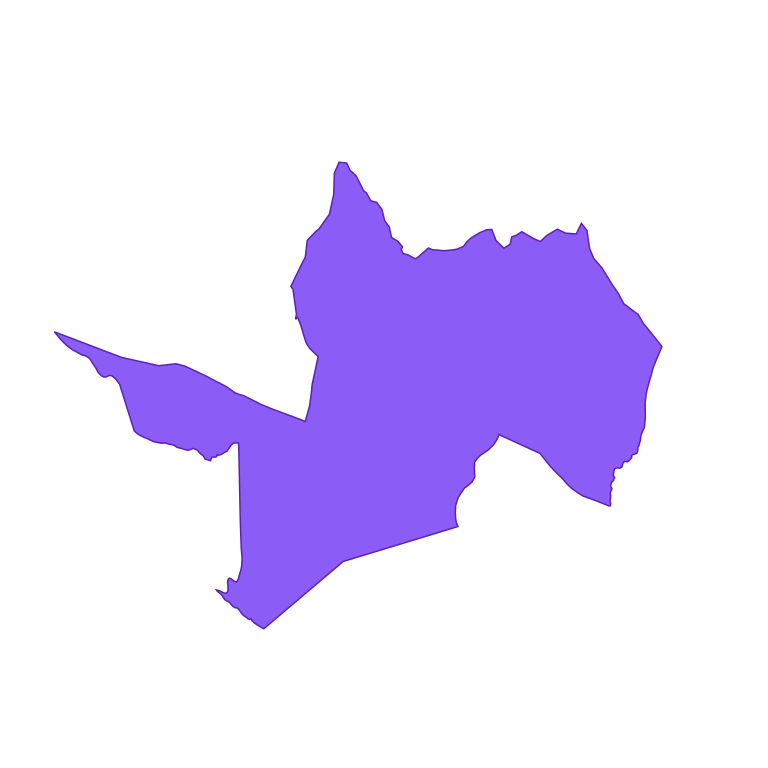 outline of San José Ayuquila, Oaxaca, Mexico, rotated 146°
{"feature_id": "50627088B32404165337072", "entity_name": "San José Ayuquila", "entity_type": "district", "adm_level": 2, "iso_a3": "MEX", "parent_name": "Mexico", "parent_adm1": "Oaxaca", "projection": "natural_earth1", "projection_center": [-97.964, 17.952], "detail": "fine", "context": "isolated", "style": "filled", "palette": "violet", "viewbox_px": 768, "rotation_deg": 146, "n_neighbors": 0, "source": "geoboundaries", "source_scale": "gbopen_adm2", "svg_char_len": 4191}
<svg xmlns="http://www.w3.org/2000/svg" viewBox="0 0 768 768"><g transform="rotate(146 384 384)"><path d="M628.1,611.6L627.9,610.0L627.5,605.8L627.0,600.9L626.2,596.5L624.9,591.4L622.9,586.0L621.0,582.5L618.4,577.3L615.7,574.4L614.9,572.7L613.8,569.8L613.8,567.1L614.0,564.0L614.0,558.3L614.5,553.1L613.7,549.0L612.3,546.4L610.4,545.2L607.3,544.8L605.1,543.2L603.7,538.5L603.3,531.7L617.3,484.7L616.7,482.3L616.2,480.5L614.2,476.3L612.5,473.5L610.9,471.3L609.3,468.5L607.1,464.8L604.8,462.5L601.7,459.4L598.1,457.3L595.8,454.2L592.6,451.1L591.6,448.7L591.1,447.4L589.7,445.8L587.2,442.9L584.9,440.0L583.3,438.5L580.9,437.9L578.2,437.3L578.0,437.0L577.1,435.8L575.7,433.4L575.5,430.5L575.2,429.3L575.0,428.4L574.0,426.1L574.2,423.9L574.2,421.8L572.6,419.6L570.7,417.4L567.7,419.6L566.2,418.8L564.8,417.8L563.4,417.3L562.5,418.6L562.2,418.3L561.3,417.6L559.2,416.9L557.7,416.5L554.5,416.5L551.8,416.1L550.1,416.7L546.9,418.1L546.6,418.0L544.9,418.8L541.7,419.2L537.7,416.7L538.8,414.3L580.5,349.6L594.1,327.8L599.3,318.5L603.7,312.8L606.6,309.9L611.0,306.3L613.5,304.1L615.6,302.8L617.0,302.3L618.2,304.0L619.0,305.9L619.6,307.8L620.7,309.5L622.2,309.4L623.3,308.5L625.0,306.4L626.5,303.5L628.5,300.5L630.3,299.0L632.0,298.9L633.6,300.4L634.9,302.6L636.1,304.7L638.1,307.0L638.1,305.1L637.5,303.6L636.6,300.4L636.6,294.2L635.7,292.2L634.9,290.7L634.3,289.5L634.0,287.3L633.8,285.2L633.6,283.9L632.5,281.9L631.3,280.9L630.4,278.5L630.4,275.5L630.3,272.7L629.7,270.1L628.8,268.0L628.0,265.4L627.1,264.1L625.7,263.7L625.8,261.7L625.1,258.2L623.1,253.6L621.7,250.8L620.6,248.3L517.0,259.7L402.4,224.5L401.9,226.7L401.4,229.0L399.8,232.4L396.8,237.5L392.6,243.1L386.1,248.4L375.4,252.8L373.7,252.8L371.7,252.8L365.9,253.5L360.7,256.1L356.7,262.9L352.6,268.5L348.6,270.0L343.9,271.0L334.7,271.0L327.2,272.3L320.7,275.1L317.0,277.8L293.5,239.2L292.4,225.2L291.4,217.7L289.1,206.3L288.1,198.7L286.8,192.5L284.4,186.1L281.6,179.7L277.5,174.2L272.7,167.5L267.5,159.8L265.7,157.1L264.3,156.4L262.7,158.5L262.4,159.5L261.7,161.2L260.1,162.6L258.4,164.8L257.0,167.6L255.4,168.5L253.5,169.8L253.2,172.7L250.5,175.1L249.0,175.4L247.4,175.9L246.6,176.8L245.2,177.2L245.0,180.1L242.1,183.2L240.3,184.8L238.1,184.3L236.8,183.6L235.8,182.5L234.8,182.2L233.1,182.2L231.9,183.1L230.6,184.5L228.2,185.3L227.0,184.6L226.0,183.5L224.3,183.3L221.7,183.9L220.0,184.3L218.6,186.1L217.6,186.5L215.7,185.8L213.3,185.2L211.2,186.6L210.0,188.0L209.2,189.3L208.3,190.0L207.5,190.1L202.8,194.1L199.9,197.6L192.2,202.6L186.0,210.2L177.7,222.8L172.2,229.1L169.4,231.9L151.0,247.6L132.6,259.7L134.0,277.3L135.1,289.4L134.4,299.7L135.2,301.6L140.3,316.4L139.1,327.8L139.2,338.9L138.4,358.3L139.9,370.6L137.8,381.4L129.9,397.7L130.5,406.8L140.7,400.9L149.2,407.6L153.7,415.4L166.1,416.1L167.9,415.8L174.7,414.7L178.5,420.6L184.6,433.2L190.9,433.3L195.9,434.5L201.2,429.4L208.7,429.5L210.9,440.4L208.2,451.9L212.6,454.4L216.1,455.1L219.8,455.9L225.0,456.2L230.3,456.4L236.1,455.5L241.0,453.6L248.3,455.0L253.9,457.7L259.8,461.0L268.9,468.4L271.1,471.9L284.3,470.2L288.0,470.2L292.0,477.8L295.1,481.4L294.6,485.9L292.0,487.2L292.7,494.6L295.8,501.3L291.8,511.3L292.2,518.8L288.1,530.0L288.5,538.7L292.5,543.3L291.7,552.2L292.8,555.7L290.7,572.2L292.6,580.0L291.4,588.0L297.1,593.0L307.3,586.5L319.5,569.5L334.3,555.3L351.2,548.9L355.3,548.6L367.3,546.0L378.1,533.4L390.8,526.2L405.7,517.5L406.7,516.9L406.4,513.6L417.6,490.8L417.9,489.9L417.8,490.5L420.7,487.8L420.8,487.4L420.6,487.2L418.4,487.4L420.2,479.0L423.2,469.5L425.2,462.9L425.7,459.5L425.6,456.6L425.6,454.8L424.2,447.9L423.2,443.6L444.0,423.6L447.8,418.8L448.6,418.0L454.4,411.4L457.9,407.5L470.2,397.0L471.5,398.9L485.2,418.2L490.3,425.2L497.3,435.8L502.4,444.9L504.8,449.1L505.8,450.9L506.8,452.6L507.0,453.0L508.7,455.0L510.1,456.6L510.4,457.1L511.1,458.2L512.0,459.4L512.2,459.7L512.5,460.1L515.5,468.2L515.8,468.9L515.8,469.0L517.2,471.9L517.8,473.0L519.7,476.5L522.3,481.1L523.5,483.3L524.1,484.3L524.1,484.5L525.5,487.2L525.8,487.9L526.1,488.3L527.0,490.0L527.3,490.4L530.7,496.1L537.9,508.3L538.8,509.9L539.2,510.4L540.6,511.9L541.9,513.4L543.4,515.1L545.3,517.2L560.4,525.0L586.6,552.7L628.1,611.6Z" fill="#8b5cf6" stroke="#5b21b6" stroke-width="1.5"/></g></svg>